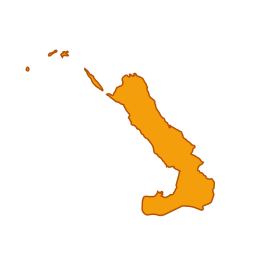 the Province of Sulawesi Selatan, rotated 141°
{"feature_id": "IDN-1236", "entity_name": "Sulawesi Selatan", "entity_type": "Province", "adm_level": 1, "iso_a3": "IDN", "parent_name": "Indonesia", "parent_adm1": "", "projection": "natural_earth1", "projection_center": [120.285, -4.627], "detail": "fine", "context": "isolated", "style": "filled", "palette": "amber", "viewbox_px": 256, "rotation_deg": 141, "n_neighbors": 0, "source": "natural_earth", "source_scale": "10m", "svg_char_len": 5779}
<svg xmlns="http://www.w3.org/2000/svg" viewBox="0 0 256 256"><g transform="rotate(141 128 128)"><path d="M144.9,59.9L144.9,59.7L144.7,58.4L144.3,57.6L143.9,58.0L143.7,58.0L143.6,57.6L143.3,56.5L143.0,56.1L142.7,56.5L142.5,57.3L142.3,57.5L142.0,57.5L141.7,57.2L141.5,56.9L141.4,56.5L141.6,56.0L142.1,55.9L142.6,55.6L142.8,54.7L143.3,54.9L143.7,54.7L144.2,53.7L144.7,53.9L143.6,51.6L143.1,51.2L142.9,50.8L142.4,50.3L142.1,50.1L138.0,49.3L137.2,49.5L136.9,49.5L135.9,48.5L135.0,48.2L134.2,48.2L133.7,48.5L133.3,48.9L132.8,49.0L132.1,49.1L131.5,49.3L129.7,50.4L129.1,50.6L128.4,50.7L127.7,50.9L127.3,51.4L127.1,52.2L126.8,52.8L126.3,53.5L117.7,59.7L116.3,61.0L115.6,61.5L114.6,61.8L114.8,62.3L115.4,63.0L115.7,64.5L115.9,64.9L116.2,65.1L116.6,65.5L117.1,67.6L117.4,68.3L117.2,68.5L116.7,69.1L117.4,69.9L118.2,70.4L119.8,71.0L120.8,71.8L121.0,72.0L121.2,72.9L121.4,73.4L121.6,73.8L122.2,73.6L122.1,74.1L121.4,75.3L121.7,76.5L121.5,77.2L121.2,78.6L121.6,79.8L121.6,80.3L121.6,80.7L121.5,81.3L121.3,83.3L121.4,84.0L122.0,85.8L122.1,86.6L122.1,89.9L122.2,90.2L122.9,90.9L123.0,92.4L122.4,93.9L121.0,96.3L120.4,97.6L120.0,98.9L119.8,100.4L119.7,107.1L119.8,107.7L120.6,109.2L120.7,109.7L120.7,111.4L120.5,113.0L120.5,113.6L121.0,114.8L120.9,116.2L120.1,118.5L120.2,119.9L121.1,121.1L121.5,121.8L121.1,123.2L121.1,124.2L121.3,125.2L121.4,125.9L121.9,126.6L122.9,128.0L123.1,128.7L123.0,129.1L122.0,130.1L121.9,130.4L121.2,134.3L121.2,135.3L120.9,136.0L120.2,136.2L119.4,136.3L118.8,136.5L118.3,137.6L118.2,142.5L117.4,147.2L117.1,148.1L116.7,148.7L118.2,151.1L118.5,151.8L118.9,153.4L119.2,154.0L120.7,156.1L120.9,156.7L121.0,157.5L122.5,163.7L122.6,165.2L123.4,166.6L123.5,167.3L123.4,167.6L122.4,167.1L121.9,167.2L120.7,165.6L120.5,165.2L120.4,164.7L119.8,163.5L119.6,163.1L118.7,162.9L117.9,163.3L117.0,163.9L116.3,164.2L114.8,164.5L114.5,164.6L113.7,165.3L113.0,165.6L111.7,166.1L111.1,166.4L110.9,166.2L110.7,166.1L110.2,166.1L108.0,165.7L107.2,165.1L106.3,165.1L105.4,165.1L104.8,165.3L104.2,165.7L102.8,167.3L102.6,167.7L102.5,168.6L102.3,169.0L101.6,169.7L101.0,170.2L99.9,170.5L98.2,170.6L96.6,170.4L95.6,169.7L95.5,168.9L95.5,168.0L95.2,167.2L94.3,166.9L93.7,167.3L93.3,168.2L93.0,168.7L92.4,168.2L92.2,167.8L92.2,166.9L92.1,166.4L91.9,165.9L91.3,165.4L91.2,164.9L90.7,164.8L89.7,165.0L89.1,165.5L89.6,166.4L88.8,166.3L88.3,166.1L88.0,165.5L87.9,164.6L88.4,163.4L88.3,163.0L88.0,162.6L87.7,161.9L86.5,160.0L85.8,158.5L85.5,156.8L85.8,154.9L86.1,153.7L86.3,151.1L86.5,150.3L87.0,149.0L87.3,147.7L87.4,147.3L88.7,146.4L89.2,145.7L89.4,145.0L89.5,143.6L90.0,142.2L91.3,139.4L91.4,138.1L90.3,133.0L90.5,131.6L91.4,130.8L91.9,129.5L92.0,129.0L93.5,126.1L93.7,125.5L94.2,119.8L94.8,117.1L94.9,115.6L94.6,113.6L94.1,113.1L94.0,112.7L94.1,112.0L94.8,110.4L94.9,109.6L94.6,107.9L94.2,107.3L94.3,106.8L94.7,105.8L94.7,105.4L94.6,104.6L94.7,104.2L95.5,102.8L95.6,102.2L95.0,102.0L94.2,102.2L94.0,102.6L94.0,103.3L93.8,104.2L93.6,103.5L93.5,101.9L92.8,100.7L91.2,96.2L90.5,95.0L90.1,93.4L89.1,91.8L89.0,91.2L89.5,90.0L90.0,87.9L90.4,87.2L90.9,86.4L91.0,85.8L91.0,85.2L90.5,83.1L90.4,82.8L90.2,82.8L90.0,80.4L89.3,78.2L89.2,77.6L88.9,74.6L88.6,74.0L87.7,72.9L87.5,72.0L87.6,71.6L87.9,71.2L88.2,70.9L88.5,70.8L89.7,71.1L90.2,71.0L90.8,70.7L92.0,69.7L92.7,69.2L93.4,68.9L94.9,68.5L95.3,68.3L95.4,67.9L95.2,67.3L94.2,65.8L92.0,59.8L91.9,59.0L91.8,58.3L91.8,57.4L92.0,56.6L92.0,56.1L92.0,55.7L91.1,53.9L91.7,53.6L93.3,53.4L93.9,53.5L95.2,53.8L96.1,53.9L98.4,53.1L99.7,52.3L100.1,51.9L100.3,51.4L100.4,51.1L100.3,50.8L99.8,50.2L99.7,49.8L100.0,48.2L98.7,46.3L98.6,44.8L98.7,43.8L98.6,43.2L98.0,42.1L97.9,41.7L98.0,41.3L98.4,40.2L98.5,39.6L98.4,39.1L98.1,38.6L97.6,37.9L96.5,36.7L95.3,36.1L94.9,35.8L94.8,35.5L95.0,32.3L95.2,31.6L95.6,30.9L99.2,27.1L99.7,26.9L100.4,27.0L100.9,26.7L101.3,26.3L101.7,25.7L103.3,22.1L104.5,21.4L106.5,20.0L109.3,18.4L110.0,18.1L111.1,18.0L113.0,18.3L117.7,19.9L118.7,20.0L119.5,19.9L119.7,19.6L120.4,17.9L120.8,17.6L121.5,17.4L122.3,17.8L123.0,18.6L126.6,24.9L127.8,26.5L129.1,28.0L133.8,32.5L135.2,33.3L153.9,37.7L155.6,38.3L157.3,39.3L158.0,39.8L158.7,40.4L160.6,43.1L162.7,45.2L163.8,46.0L167.3,48.0L168.1,48.8L168.5,49.5L168.9,50.4L169.1,51.4L169.2,52.3L169.1,53.1L169.0,53.9L168.8,54.6L168.4,55.6L163.0,61.9L160.3,63.9L159.6,64.2L159.1,64.3L158.6,64.4L158.2,64.3L156.7,63.3L153.9,60.6L151.4,58.7L150.8,58.4L150.3,58.2L149.7,58.2L149.0,58.2L147.5,58.5L146.3,59.0L144.9,59.9ZM126.4,179.9L126.7,181.6L126.8,183.3L126.8,185.0L126.6,186.8L125.8,189.3L125.7,190.1L125.9,192.2L125.8,193.8L125.5,195.7L124.9,197.2L124.8,197.9L125.0,199.5L124.8,200.3L124.5,201.1L124.1,201.3L123.9,199.6L123.6,198.4L123.5,197.6L123.8,193.3L123.7,192.9L123.4,192.7L123.0,192.6L122.9,192.2L122.9,191.4L122.4,190.1L122.4,189.8L122.5,189.3L123.0,188.5L123.1,188.0L123.1,185.6L122.8,181.5L123.0,176.2L123.3,174.5L123.8,173.1L124.1,173.0L124.4,173.2L124.6,173.4L124.7,173.8L124.6,174.7L124.9,175.4L125.2,175.9L125.4,176.5L125.5,177.4L126.4,179.9ZM133.6,225.0L134.1,224.4L134.4,224.2L134.5,224.9L134.4,225.5L134.1,226.6L134.1,227.2L133.1,227.4L131.8,227.3L131.0,227.0L131.0,227.6L130.6,228.0L129.3,227.2L128.9,226.3L129.0,225.8L128.1,225.9L127.5,225.7L126.9,225.8L126.7,224.9L127.0,224.7L127.9,225.2L128.7,224.8L128.9,223.8L128.7,222.9L128.9,222.0L129.4,222.3L130.0,222.4L130.8,223.8L133.1,225.0L133.6,225.0ZM140.5,233.2L142.5,233.1L143.6,233.4L144.1,234.0L143.8,234.8L142.7,235.2L141.6,235.3L141.1,235.0L140.6,234.5L138.5,234.1L137.8,233.7L137.2,234.0L136.4,234.1L135.6,234.0L135.0,233.7L134.8,233.4L134.8,233.1L134.8,232.8L135.0,232.5L135.6,232.2L136.2,232.4L137.5,232.9L140.5,233.2ZM168.5,235.6L169.8,235.3L170.5,236.2L170.4,237.4L169.5,238.1L168.4,238.6L167.8,238.5L167.5,237.7L167.6,237.1L167.8,236.4L168.1,235.9L168.5,235.6Z" fill="#f59e0b" stroke="#b45309" stroke-width="1.5"/></g></svg>